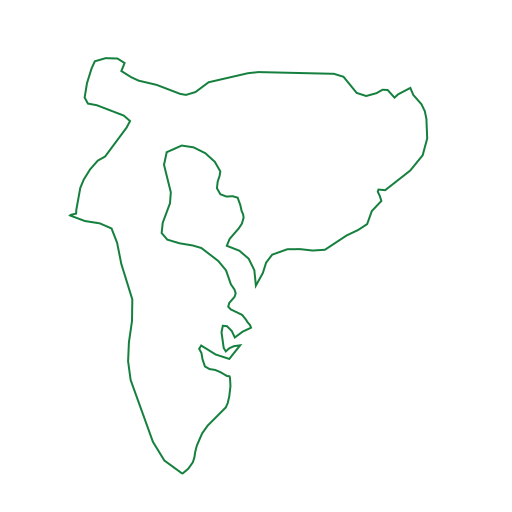 SVG path tracing the border of Sorsogon, rotated 265°
{"feature_id": "PHL-2541", "entity_name": "Sorsogon", "entity_type": "Province", "adm_level": 1, "iso_a3": "PHL", "parent_name": "Philippines", "parent_adm1": "", "projection": "albers", "projection_center": [123.877, 12.827], "detail": "fine", "context": "isolated", "style": "outline", "palette": "green", "viewbox_px": 512, "rotation_deg": 265, "n_neighbors": 0, "source": "natural_earth", "source_scale": "10m", "svg_char_len": 2089}
<svg xmlns="http://www.w3.org/2000/svg" viewBox="0 0 512 512"><g transform="rotate(265 256 256)"><path d="M312.6,74.3L313.1,74.9L313.9,80.5L317.6,81.0L339.2,86.9L347.2,91.1L356.8,98.3L364.8,106.7L368.3,114.4L395.1,138.2L401.4,142.3L407.4,136.5L420.1,110.5L422.5,101.8L428.8,99.1L442.9,102.7L457.1,108.5L464.0,112.4L466.2,123.5L464.8,135.2L459.7,141.9L452.0,138.0L444.9,147.4L440.9,154.4L435.1,172.0L424.1,194.6L422.6,200.3L424.6,210.0L433.2,223.9L438.8,263.9L439.0,274.6L430.7,349.5L426.9,358.8L409.7,370.5L405.8,379.7L407.7,390.2L410.6,396.6L409.9,401.6L401.7,407.8L404.7,411.7L410.0,424.4L402.8,426.7L392.7,434.1L385.5,436.8L377.8,437.7L358.2,436.8L341.8,430.8L327.7,417.1L310.3,390.4L311.5,383.8L309.4,382.9L305.2,384.5L299.9,385.7L290.7,375.3L278.1,369.5L273.0,360.0L268.6,348.1L256.2,325.2L256.5,313.0L259.0,300.5L260.0,287.8L255.9,272.2L248.5,265.5L238.4,261.3L226.5,253.3L242.0,253.1L253.9,248.5L262.7,239.9L268.7,227.8L275.3,231.2L285.1,241.3L289.5,244.8L295.3,247.0L298.6,246.8L302.1,245.6L308.2,244.8L315.7,242.8L317.6,237.9L317.8,231.7L320.6,225.9L326.9,223.0L333.4,224.3L339.2,226.8L343.4,227.8L353.4,223.2L362.8,214.5L369.7,203.2L372.5,191.6L367.2,176.1L354.9,172.3L326.8,176.7L316.0,174.9L297.3,166.0L287.1,164.0L280.0,169.1L275.3,181.0L272.0,193.9L268.7,202.3L254.3,218.0L244.3,224.9L230.0,228.5L224.3,231.7L220.6,232.5L217.2,231.1L211.6,225.3L208.0,223.9L205.0,226.2L198.5,237.1L193.2,240.6L191.1,241.6L187.6,244.1L185.0,244.8L181.8,236.1L176.7,227.8L183.4,225.3L188.6,221.0L189.4,216.9L183.1,215.0L167.3,215.8L163.6,217.6L166.4,221.3L168.1,226.2L168.4,232.4L155.8,220.4L161.4,207.2L171.6,193.6L168.5,191.3L164.1,193.2L157.9,193.7L150.4,195.5L147.4,199.9L146.1,205.3L143.4,210.4L139.0,216.6L138.5,219.1L136.8,219.5L128.5,219.2L118.4,217.1L111.9,215.0L107.8,212.7L91.3,193.1L84.0,186.9L72.2,180.5L65.9,178.3L60.8,177.1L56.0,175.1L50.0,170.0L45.8,164.0L46.1,163.1L60.2,146.9L79.9,137.1L143.4,120.3L162.3,119.4L181.2,121.9L202.0,126.8L223.5,129.0L260.0,121.1L281.2,118.8L296.0,114.5L302.1,103.3L305.8,88.4L312.6,74.3Z" fill="none" stroke="#15803d" stroke-width="2"/></g></svg>